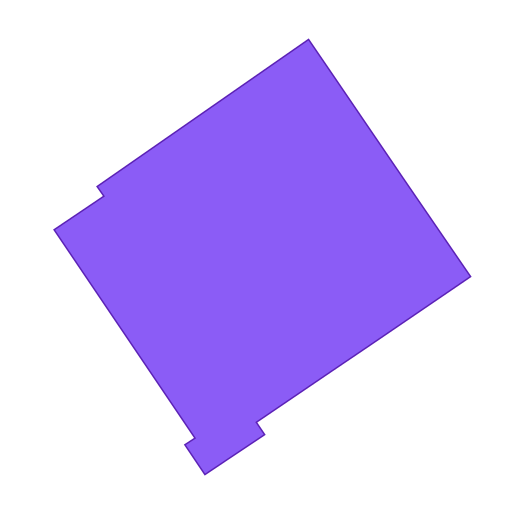 outline of Polk, Missouri, United States of America, rotated 234°
{"feature_id": "52423323B27276751981005", "entity_name": "Polk", "entity_type": "district", "adm_level": 2, "iso_a3": "USA", "parent_name": "United States of America", "parent_adm1": "Missouri", "projection": "albers", "projection_center": [-93.444, 37.623], "detail": "fine", "context": "isolated", "style": "filled", "palette": "violet", "viewbox_px": 512, "rotation_deg": 234, "n_neighbors": 0, "source": "geoboundaries", "source_scale": "gbopen_adm2", "svg_char_len": 360}
<svg xmlns="http://www.w3.org/2000/svg" viewBox="0 0 512 512"><g transform="rotate(234 256 256)"><path d="M400.3,425.8L405.6,168.3L393.8,168.1L395.9,108.1L144.5,99.6L145.1,87.5L109.2,86.2L108.2,112.9L106.4,158.0L121.3,158.5L118.4,249.8L116.8,297.8L113.2,417.5L233.6,420.8L355.4,424.5L400.3,425.8Z" fill="#8b5cf6" stroke="#5b21b6" stroke-width="1.5"/></g></svg>